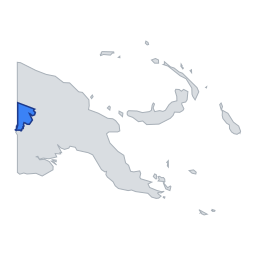 location of North Fly District, Western, Papua New Guinea
{"feature_id": "67681753B60857978351937", "entity_name": "North Fly District", "entity_type": "district", "adm_level": 2, "iso_a3": "PNG", "parent_name": "Papua New Guinea", "parent_adm1": "Western", "projection": "robinson", "projection_center": [141.24, -5.829], "detail": "fine", "context": "in_parent", "style": "filled", "palette": "blue", "viewbox_px": 256, "rotation_deg": 0, "n_neighbors": 0, "source": "geoboundaries", "source_scale": "gbopen_adm2", "svg_char_len": 5375}
<svg xmlns="http://www.w3.org/2000/svg" viewBox="0 0 256 256"><path d="M17.4,172.4L17.4,135.0L15.7,132.2L17.4,125.5L17.3,62.3L20.5,62.7L35.8,70.4L46.2,74.4L55.2,76.2L63.5,82.6L69.6,82.9L78.7,91.8L82.4,92.4L88.9,99.8L89.2,105.8L88.5,109.6L98.3,113.2L107.7,118.3L112.8,118.8L115.6,120.6L119.1,125.0L119.8,130.9L117.7,131.9L108.9,131.9L106.5,133.8L109.9,143.0L117.9,151.4L123.8,155.3L125.6,162.9L128.6,165.3L130.6,171.3L133.7,171.9L139.7,170.9L140.7,173.5L139.8,177.3L140.7,178.8L151.8,182.1L148.0,184.0L149.7,187.5L157.0,190.5L161.5,191.7L164.2,191.3L161.0,193.0L158.2,192.5L157.6,193.1L158.8,194.5L161.1,196.1L158.7,198.1L156.2,198.4L151.7,197.1L147.9,193.3L135.7,191.6L131.5,190.0L128.2,190.6L118.4,188.5L115.2,185.8L113.1,181.8L107.3,177.0L105.9,174.6L106.5,171.4L104.9,171.9L101.5,169.6L92.7,154.8L88.2,152.7L76.9,150.2L75.3,147.3L70.0,146.2L68.8,148.1L64.5,149.4L60.9,148.0L57.3,144.4L61.6,152.6L60.0,152.5L60.7,153.8L59.9,154.0L55.2,153.5L56.7,156.9L48.9,158.8L43.2,158.1L40.4,158.9L39.3,158.9L37.8,156.3L35.7,156.8L37.5,156.9L39.7,159.8L44.5,159.3L49.2,161.5L53.1,166.4L53.0,169.8L42.2,176.0L36.0,173.3L27.0,174.0L23.8,173.0L19.7,174.2L17.4,172.4ZM179.2,89.5L181.4,91.2L183.6,89.4L187.9,91.6L187.1,99.8L185.7,102.0L182.0,102.8L181.6,104.0L183.9,108.8L182.9,110.5L179.8,112.3L174.5,112.1L173.1,115.4L170.3,118.3L159.0,124.1L146.7,124.6L142.7,121.0L138.5,121.7L132.8,117.4L128.1,115.7L127.1,114.1L127.3,112.0L128.6,110.7L137.0,111.0L142.4,112.6L149.4,111.6L151.4,110.3L152.2,105.1L153.3,103.0L154.5,104.0L153.1,108.0L154.7,111.6L159.7,110.6L162.9,111.4L165.4,110.3L169.0,104.7L171.8,102.1L176.9,100.8L176.8,96.6L175.1,90.9L175.8,89.3L179.2,89.5ZM240.6,131.3L240.0,133.2L239.7,132.6L237.1,134.3L234.1,133.7L231.5,131.9L229.5,128.6L229.4,124.9L226.6,123.2L222.9,118.5L222.2,115.4L222.5,110.3L227.9,113.3L233.4,122.1L238.7,126.1L240.6,131.3ZM198.8,91.8L195.1,99.9L192.9,96.6L192.0,94.3L191.8,88.1L186.1,78.8L180.1,75.7L168.0,66.1L163.2,64.5L164.4,64.1L164.4,61.7L170.4,66.8L174.1,68.0L179.0,71.9L182.4,73.2L197.0,87.6L198.8,91.8ZM102.2,51.6L113.7,51.9L113.9,53.0L112.3,53.1L110.4,55.1L103.5,54.5L100.5,55.6L100.3,54.2L101.4,53.8L101.3,52.3L102.2,51.6ZM159.5,176.3L161.6,177.7L163.4,177.5L164.7,179.1L164.9,181.7L164.2,182.3L163.7,181.5L158.1,181.0L159.2,179.5L158.1,176.5L159.5,176.3ZM158.6,63.2L154.6,63.2L151.5,60.0L155.5,58.5L158.5,60.0L158.6,63.2ZM167.7,187.7L170.3,186.0L170.9,186.6L169.9,190.6L165.8,188.9L163.1,182.4L167.7,187.7ZM189.1,170.6L193.5,169.9L195.6,171.6L196.2,172.2L195.8,174.0L192.1,173.2L189.1,170.6ZM199.0,209.7L207.2,214.2L204.1,214.9L201.5,213.7L201.2,212.6L200.2,213.0L200.7,212.2L199.0,209.7ZM122.5,116.7L118.9,113.4L119.1,111.1L122.9,113.1L122.5,116.7ZM156.8,178.8L155.7,178.9L153.3,176.5L154.7,173.9L156.4,174.9L156.8,178.8ZM221.3,110.1L219.7,104.6L221.1,103.0L222.5,106.5L221.3,110.1ZM109.8,110.1L107.3,108.0L109.2,106.0L110.3,107.0L109.8,110.1ZM148.6,44.5L147.2,44.9L145.3,43.1L145.9,41.1L148.0,42.4L148.6,44.5ZM93.1,96.7L91.6,98.6L90.6,97.1L92.3,95.0L93.1,96.7ZM168.3,160.6L168.4,167.1L167.3,165.8L167.8,163.1L166.7,162.4L168.3,160.6ZM54.1,162.3L56.6,165.0L50.6,160.7L54.1,162.3ZM56.2,161.7L53.0,160.6L52.3,159.7L56.2,160.1L56.2,161.7ZM215.0,210.4L214.7,211.3L212.6,211.4L211.1,210.1L212.5,210.4L212.3,209.5L215.0,210.4ZM191.5,69.7L191.6,72.7L190.0,70.6L191.5,69.7ZM183.4,68.1L182.8,68.9L181.3,66.8L181.6,66.3L183.4,68.1ZM164.9,196.9L164.6,198.2L163.2,197.5L163.4,196.7L164.9,196.9ZM182.1,65.7L180.9,66.1L181.1,64.0L182.1,65.7ZM119.8,56.2L119.9,57.7L118.3,57.4L119.8,56.2ZM206.7,86.6L206.5,87.9L205.6,87.5L206.7,86.6Z" fill="#d9dde1" stroke="#a8b0b8" stroke-width="1"/><path d="M34.5,109.1L17.7,102.7L17.7,125.1L17.4,125.1L17.2,125.1L17.1,125.3L17.2,125.5L17.3,125.8L17.2,125.9L16.9,125.9L16.8,126.1L17.0,126.2L17.4,126.1L17.4,126.3L17.2,126.3L17.0,126.5L16.9,126.5L17.0,126.7L17.0,126.8L17.0,127.0L16.9,127.0L16.9,126.9L16.7,126.8L16.7,126.7L16.5,126.8L16.5,127.0L16.8,127.2L16.7,127.3L16.6,127.5L16.8,127.6L17.0,127.4L16.9,127.5L17.0,127.8L16.7,128.0L16.5,128.3L16.6,128.5L16.6,128.8L16.6,129.0L16.8,129.1L16.7,129.1L16.4,129.1L16.2,129.1L16.0,129.3L16.3,129.3L16.4,129.5L16.2,129.7L16.2,129.8L16.1,129.7L15.9,129.7L15.8,129.8L15.7,129.9L15.4,129.9L15.4,130.0L15.5,130.1L15.8,130.1L20.9,130.2L21.0,130.3L20.9,130.5L21.0,130.7L21.0,130.8L21.3,130.8L21.4,130.7L21.5,130.5L21.5,130.3L21.5,130.2L21.7,129.9L21.7,129.7L21.8,129.7L21.8,129.4L21.9,129.2L22.0,129.1L21.9,129.1L22.0,129.1L22.1,128.9L22.3,128.7L22.5,128.4L22.8,128.3L22.7,128.2L22.8,128.0L22.9,127.9L23.0,127.8L23.0,127.7L23.1,127.8L23.1,127.7L23.3,127.6L23.3,127.4L23.3,127.2L23.4,126.9L23.4,126.7L23.5,126.7L23.7,126.4L23.8,126.3L23.9,126.2L23.9,125.8L23.8,125.7L23.8,125.4L23.7,125.3L23.6,125.0L23.5,124.9L23.5,124.7L23.5,124.4L23.6,124.1L23.6,123.9L23.7,123.6L23.7,123.4L23.8,123.2L23.9,122.9L24.0,122.7L24.1,122.8L24.3,122.8L24.6,122.9L24.8,123.0L25.0,123.0L25.5,123.1L25.7,123.3L25.8,123.3L26.6,124.0L27.8,124.3L29.4,124.3L32.4,120.0L29.5,113.7L29.7,113.8L29.8,113.9L30.0,113.8L30.1,114.0L30.5,114.3L30.8,114.4L30.9,114.5L30.7,114.7L30.7,114.8L30.8,114.9L31.0,115.0L31.1,114.9L31.3,115.0L32.5,115.7L34.6,114.8L34.8,113.9L35.0,113.6L35.1,113.4L35.0,113.2L35.0,112.9L35.0,112.7L35.3,112.3L33.6,110.8L33.6,110.7L33.7,110.4L33.7,110.2L33.8,110.1L33.8,109.9L33.9,109.7L34.0,109.6L34.1,109.4L34.3,109.3L34.3,109.2L34.5,109.1Z" fill="#3b82f6" stroke="#1e3a8a" stroke-width="1.5"/></svg>